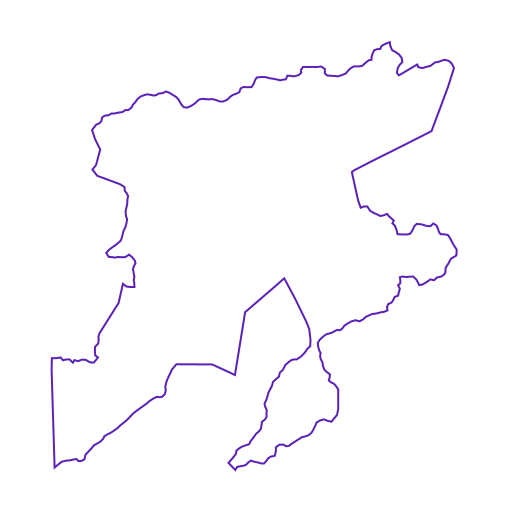 Feira de Santana, Bahia, Brazil, rotated 272°
{"feature_id": "56859067B66827602961148", "entity_name": "Feira de Santana", "entity_type": "district", "adm_level": 2, "iso_a3": "BRA", "parent_name": "Brazil", "parent_adm1": "Bahia", "projection": "albers", "projection_center": [-39.059, -12.2], "detail": "fine", "context": "isolated", "style": "outline", "palette": "violet", "viewbox_px": 512, "rotation_deg": 272, "n_neighbors": 0, "source": "geoboundaries", "source_scale": "gbopen_adm2", "svg_char_len": 5690}
<svg xmlns="http://www.w3.org/2000/svg" viewBox="0 0 512 512"><g transform="rotate(272 256 256)"><path d="M48.3,235.7L41.4,242.8L44.6,244.5L45.4,247.9L45.9,250.5L46.9,253.2L49.5,255.6L51.4,258.0L50.4,261.0L49.8,264.8L48.9,268.2L48.9,271.2L51.1,273.2L54.1,275.1L55.9,277.4L57.0,281.7L61.5,282.7L65.5,282.5L68.3,286.2L68.4,290.1L66.9,292.8L67.5,295.7L69.4,297.9L72.3,302.1L74.7,305.6L76.6,308.3L77.5,311.7L78.8,314.9L81.2,317.5L83.6,319.0L87.9,320.9L91.7,322.4L94.0,326.0L95.1,329.6L93.8,333.1L93.0,337.2L100.0,342.5L105.8,343.5L125.6,342.8L129.3,340.1L131.3,337.9L132.4,335.2L134.2,333.1L136.8,333.8L140.4,334.0L142.7,330.5L144.7,328.4L147.9,326.9L152.0,326.1L155.0,324.4L158.3,323.5L161.0,324.0L164.1,322.4L167.6,321.3L171.3,320.8L174.5,322.6L176.6,324.7L178.8,327.0L180.5,329.6L181.7,333.9L183.4,336.9L185.0,339.5L184.6,342.2L186.3,344.6L189.5,346.8L191.7,349.9L193.9,353.4L195.3,357.7L194.3,361.8L196.6,365.5L199.0,367.8L200.8,371.5L202.2,374.4L202.5,377.2L203.2,380.0L204.2,383.0L204.6,385.8L206.2,389.3L209.7,388.7L212.5,389.8L214.1,393.0L216.6,394.6L220.0,396.1L221.3,399.4L224.3,399.9L228.3,400.9L231.8,399.0L233.6,401.1L236.4,401.1L239.8,400.5L240.6,403.2L240.2,407.0L240.7,410.1L240.9,413.9L238.1,417.0L235.2,418.8L232.6,420.1L233.2,423.2L235.6,427.0L238.7,431.1L238.0,434.8L240.8,437.6L241.9,441.7L243.4,444.0L246.0,445.9L250.8,445.9L255.3,448.6L259.9,450.8L261.5,453.1L263.5,456.2L269.2,456.4L273.9,453.2L277.8,450.9L281.4,448.8L283.7,447.0L284.2,443.9L284.3,439.7L286.4,438.0L289.6,436.9L292.8,435.3L294.7,432.1L291.9,429.3L291.9,426.0L293.4,420.3L293.7,415.5L291.2,413.1L288.0,411.9L285.6,410.6L283.4,409.0L282.7,405.3L282.7,400.0L282.7,396.7L286.8,395.6L291.2,393.7L293.5,391.2L296.1,392.5L298.1,390.3L300.3,387.5L302.7,385.5L301.1,382.1L300.3,378.8L301.6,376.1L302.9,372.7L305.1,368.5L309.4,365.5L309.2,362.0L307.9,358.9L315.5,356.0L328.7,352.6L335.3,350.9L339.4,349.8L343.3,348.9L345.0,350.9L346.3,353.3L348.0,356.3L351.1,361.9L353.0,365.1L357.3,373.0L363.1,383.7L369.0,394.5L378.5,411.8L387.0,427.1L403.3,432.5L409.3,434.6L415.8,436.7L432.0,442.1L450.7,447.3L454.2,445.5L456.3,443.8L457.9,441.4L458.7,437.4L457.2,433.6L456.2,431.0L455.8,428.4L454.0,426.0L452.0,423.6L451.1,420.1L449.6,415.7L450.4,411.6L453.0,410.4L441.5,392.5L444.0,390.4L448.5,391.0L451.8,392.7L454.9,395.5L459.2,394.6L462.4,391.9L464.7,388.4L466.4,384.9L470.6,382.9L474.4,382.2L472.7,378.3L471.5,375.9L469.8,373.8L467.2,373.0L467.0,370.0L465.7,366.9L462.4,365.5L458.8,364.5L456.1,364.6L455.6,362.0L453.8,359.8L452.1,357.8L450.0,356.0L449.1,352.7L448.9,347.2L446.7,343.7L444.6,341.7L441.5,339.3L439.9,335.8L438.4,331.6L438.7,326.4L438.8,321.1L440.8,318.4L445.3,318.3L447.7,314.4L446.9,310.0L446.9,305.7L446.7,300.7L446.6,296.4L443.4,294.4L440.8,294.9L438.3,292.4L436.9,287.9L437.2,284.0L437.4,281.2L433.6,279.6L433.1,276.5L432.4,274.0L433.1,270.9L433.7,267.3L434.1,263.4L435.1,259.4L435.1,255.2L434.4,250.5L431.6,248.9L428.0,247.7L424.6,245.6L424.4,241.0L424.4,237.4L422.9,234.8L419.1,233.6L417.5,230.6L416.0,226.9L414.0,224.4L411.7,222.4L410.2,219.9L409.2,217.5L409.2,214.0L410.6,210.4L411.3,206.7L410.9,203.5L411.0,200.6L411.2,196.9L410.2,193.4L408.1,191.3L405.7,188.8L403.5,185.5L401.9,182.0L402.2,178.6L404.7,176.2L407.4,174.5L410.1,172.8L412.5,170.2L414.2,166.9L416.2,163.6L417.2,160.2L415.5,157.0L414.9,152.9L413.3,150.8L412.8,147.9L413.4,145.1L413.8,141.6L412.9,138.8L411.6,135.5L409.0,132.3L405.5,130.0L402.9,127.7L400.0,126.4L397.4,123.3L397.3,120.4L395.2,117.5L394.5,113.5L393.5,109.7L393.3,106.4L391.5,103.8L391.0,100.1L389.3,97.5L385.5,96.8L383.1,94.8L381.8,91.8L378.7,89.5L376.2,87.8L367.1,91.1L357.0,96.6L351.2,95.3L348.4,94.6L341.4,93.0L336.6,89.5L330.6,94.6L323.0,117.6L320.3,122.2L316.6,122.6L313.9,124.8L311.4,126.1L308.0,125.5L303.5,125.5L298.9,124.6L296.0,124.1L293.4,124.4L290.8,124.8L288.5,125.9L284.7,125.5L280.4,124.5L276.3,122.7L272.6,121.9L269.2,121.2L266.4,120.1L264.5,118.0L262.5,115.9L260.8,113.7L259.2,111.5L257.0,108.8L253.9,106.2L250.0,108.8L249.8,112.6L249.5,115.3L250.2,118.0L250.1,121.6L250.2,125.1L252.9,129.2L250.1,132.7L247.1,135.1L244.5,135.8L241.5,134.3L238.7,133.5L234.9,134.3L230.9,135.2L227.8,134.6L224.6,135.3L220.8,135.6L220.6,131.4L221.0,127.5L223.6,124.0L204.2,120.3L198.6,117.0L173.3,102.3L170.0,101.3L166.8,101.7L163.1,101.4L159.5,98.3L155.1,98.3L150.9,98.9L149.2,101.6L147.0,100.1L143.8,97.6L144.0,93.6L146.3,89.5L146.4,85.8L144.7,81.9L145.6,78.2L143.0,76.7L146.2,73.2L145.9,69.9L145.1,66.6L147.8,64.3L146.9,60.0L146.8,55.6L135.2,55.7L37.6,62.1L41.1,66.0L43.6,69.1L44.9,73.6L45.3,77.3L46.1,80.2L46.9,83.5L44.8,85.8L45.1,88.7L46.8,91.6L51.4,92.5L54.5,95.2L58.3,98.5L61.3,100.8L63.1,103.9L65.2,107.1L67.9,109.6L70.5,110.7L72.4,113.5L74.5,117.4L76.7,120.4L79.3,123.7L82.2,126.5L84.8,129.6L87.2,132.3L89.6,134.6L92.4,137.0L94.4,138.8L96.4,141.2L98.1,143.3L101.9,148.2L105.2,152.5L107.2,154.4L110.1,158.6L111.8,161.8L111.5,164.8L112.2,167.4L114.8,169.7L118.6,170.5L121.9,169.9L126.1,170.6L129.5,171.7L133.8,173.5L137.2,175.0L139.8,176.1L142.6,178.3L145.0,180.2L146.1,216.0L139.0,232.9L136.3,239.1L159.1,242.0L199.5,247.1L225.9,275.7L229.8,279.8L234.7,285.0L214.3,296.8L192.4,308.4L185.0,311.7L173.9,313.4L167.6,313.3L164.9,310.4L162.5,309.1L159.8,307.0L157.0,304.3L154.1,300.4L154.0,297.5L153.1,294.8L150.8,292.0L148.2,289.2L145.5,287.9L143.1,286.8L140.3,283.9L136.2,283.1L132.8,279.4L130.6,277.3L126.9,276.5L123.2,274.8L119.9,273.2L115.6,272.2L112.1,271.2L109.0,269.7L106.2,270.2L102.4,272.1L98.2,272.0L95.5,272.2L92.8,270.5L90.4,267.7L86.9,267.4L83.4,266.9L80.7,264.9L78.3,262.3L75.3,260.3L72.7,258.5L70.3,256.8L67.7,255.8L66.2,251.6L64.7,248.1L62.9,245.6L60.8,243.3L57.2,242.7L52.7,239.3L48.3,235.7Z" fill="none" stroke="#5b21b6" stroke-width="2"/></g></svg>